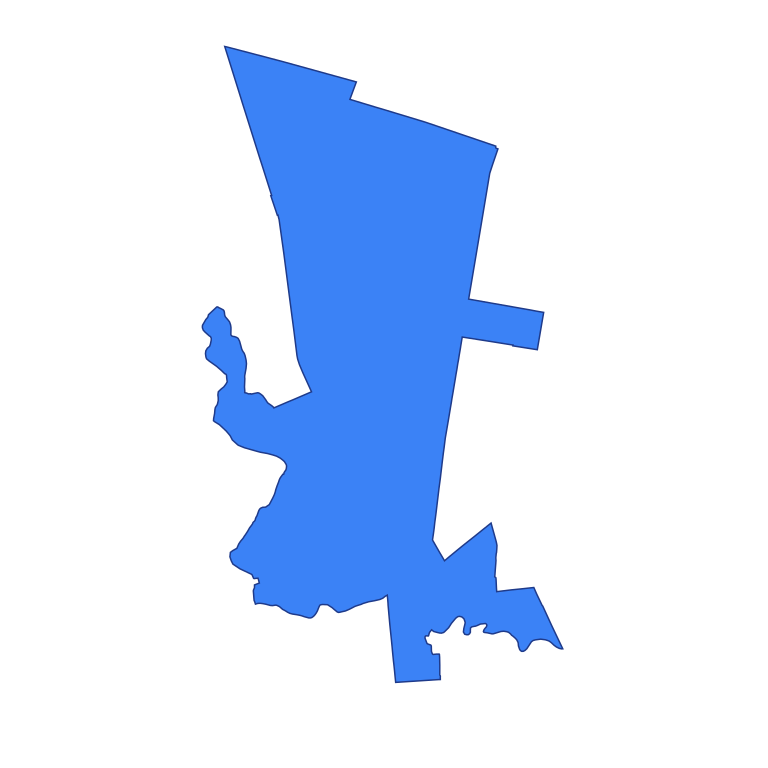 Tandarei, Ialomita, Romania (Natural Earth projection), rotated 15°
{"feature_id": "2599482B96283666408725", "entity_name": "Tandarei", "entity_type": "district", "adm_level": 2, "iso_a3": "ROU", "parent_name": "Romania", "parent_adm1": "Ialomita", "projection": "natural_earth1", "projection_center": [27.631, 44.699], "detail": "fine", "context": "isolated", "style": "filled", "palette": "blue", "viewbox_px": 768, "rotation_deg": 15, "n_neighbors": 0, "source": "geoboundaries", "source_scale": "gbopen_adm2", "svg_char_len": 6142}
<svg xmlns="http://www.w3.org/2000/svg" viewBox="0 0 768 768"><g transform="rotate(15 384 384)"><path d="M472.5,669.2L513.2,655.4L514.9,654.9L514.3,652.8L514.2,652.2L513.9,651.3L513.2,650.7L510.7,641.3L508.4,633.4L507.9,632.0L507.5,630.8L507.3,630.6L507.1,630.6L505.9,631.0L504.9,631.2L504.2,631.5L503.0,631.9L501.5,632.5L500.9,632.4L500.2,631.7L499.0,629.9L497.5,624.8L496.7,624.0L496.2,624.0L494.0,623.8L492.8,623.6L492.5,623.2L489.9,619.6L489.3,618.7L489.1,617.3L489.3,616.7L490.4,616.2L491.9,616.0L492.2,615.6L492.2,612.9L492.3,612.1L493.6,609.1L496.0,610.2L500.2,610.2L502.5,610.1L504.1,609.7L505.9,608.6L506.7,607.5L509.5,602.7L511.1,597.7L513.9,591.7L515.5,589.6L517.1,588.9L519.3,588.8L521.9,590.0L523.4,592.1L524.2,593.5L524.3,595.1L524.4,599.5L524.9,603.0L526.7,604.8L528.6,604.8L530.2,604.4L531.3,603.1L531.7,601.4L531.2,599.7L530.7,597.2L531.6,595.9L533.5,594.9L535.1,594.2L536.5,593.2L539.3,590.9L541.2,590.2L543.9,589.1L544.7,589.3L545.4,589.8L545.8,590.3L545.8,591.0L545.7,592.2L545.1,593.3L544.5,594.6L544.2,595.6L544.1,596.6L544.1,597.4L544.6,597.9L545.3,598.0L548.1,597.6L553.0,597.4L554.4,596.9L561.0,592.8L563.7,591.8L566.7,591.5L568.6,591.6L570.9,592.6L572.2,593.6L573.6,594.1L576.3,595.4L578.4,596.7L580.5,599.1L581.7,602.3L583.8,605.4L584.9,606.2L586.1,606.6L587.8,606.1L589.1,604.9L590.5,602.7L593.1,594.8L594.5,593.1L596.6,591.9L601.4,589.9L606.1,589.3L608.4,589.4L610.2,589.6L612.5,590.5L616.0,592.4L618.6,593.4L621.7,594.0L624.1,593.9L625.2,593.5L608.2,573.6L594.8,557.4L594.0,556.9L585.8,547.3L581.4,541.8L569.8,546.3L560.3,549.9L546.6,555.4L545.5,552.2L542.9,544.0L542.3,542.3L541.8,541.9L540.8,541.6L540.6,539.9L540.2,537.9L539.5,534.2L538.9,531.0L538.5,528.8L537.8,525.3L537.4,524.2L536.9,522.5L536.6,520.5L536.3,518.8L536.3,517.6L535.7,514.4L534.9,510.7L534.7,510.3L533.9,508.6L533.0,506.9L529.3,500.6L523.4,490.6L516.5,500.0L510.9,507.7L503.9,517.1L500.9,521.2L497.3,526.2L492.0,533.6L488.2,539.1L485.4,536.3L481.3,532.3L471.5,522.4L471.2,521.9L470.7,517.7L470.5,515.9L469.7,509.8L468.9,504.7L468.3,500.0L467.7,495.5L464.1,470.4L462.8,460.3L462.2,456.3L461.5,451.4L461.0,447.9L460.7,446.0L460.2,442.4L459.2,435.3L458.6,430.5L457.8,424.7L457.2,420.4L455.5,401.8L454.3,389.5L453.8,384.2L453.4,380.6L452.8,373.9L452.2,367.8L451.5,360.4L451.1,356.6L450.6,350.8L450.0,345.3L449.7,341.3L449.2,336.7L448.5,329.1L448.3,327.5L447.4,318.4L477.2,315.2L498.6,313.0L498.6,313.8L523.2,311.2L519.7,273.5L512.0,274.2L506.4,274.6L443.8,280.1L437.8,217.3L431.6,153.1L432.1,143.7L433.2,127.4L431.8,127.3L431.0,127.1L430.7,126.7L430.4,125.3L392.7,122.8L356.2,120.4L310.4,118.9L305.4,118.8L277.5,117.9L277.4,117.9L277.5,116.7L278.3,108.0L279.1,99.4L201.4,98.8L145.3,99.1L142.8,99.2L150.1,110.7L163.1,131.2L173.1,147.0L174.4,149.1L179.9,157.7L192.8,178.0L205.6,198.1L208.4,202.4L212.2,208.3L226.7,231.0L225.9,231.4L237.3,248.6L237.9,248.3L239.1,250.6L240.1,252.3L253.4,283.7L272.3,329.6L275.0,336.1L275.1,336.4L283.4,356.4L292.6,379.1L294.1,382.2L295.9,385.0L297.4,387.3L302.6,394.0L316.0,410.3L300.3,422.7L295.6,426.3L283.8,435.6L283.4,435.1L281.4,434.1L278.9,433.2L276.9,432.5L275.2,431.2L274.0,430.0L269.9,426.7L267.3,425.6L266.3,425.3L265.7,425.1L264.8,425.1L264.1,425.2L260.5,427.0L258.3,428.2L257.9,427.9L257.5,428.0L255.8,428.6L253.1,428.3L252.0,428.5L251.6,428.2L251.5,427.2L250.0,422.9L249.1,418.9L248.2,414.9L247.6,413.3L247.3,411.9L246.7,404.6L245.9,400.0L244.6,396.6L242.5,392.6L241.0,390.5L239.2,389.0L237.6,387.2L235.3,383.2L233.4,380.0L231.3,377.7L229.6,377.1L227.1,376.9L226.0,377.1L225.2,377.1L224.4,376.9L223.7,376.4L223.3,376.0L222.0,370.7L221.5,368.9L220.5,366.6L218.8,364.1L217.2,362.8L213.3,360.1L212.3,358.7L211.2,355.9L210.4,354.6L209.5,354.0L206.4,353.3L204.5,353.0L203.6,352.6L202.5,352.9L196.6,362.4L196.5,362.7L196.6,364.0L196.4,365.4L195.2,367.8L194.3,371.2L193.5,374.2L193.7,375.6L194.1,376.8L195.5,378.8L197.9,380.3L202.9,382.8L204.1,383.1L205.3,384.5L205.8,386.5L205.8,387.2L206.0,390.5L205.8,392.7L204.1,395.2L203.3,398.1L203.7,400.9L205.0,404.0L206.1,405.6L209.0,407.0L217.6,410.2L223.2,412.9L227.5,415.3L228.7,415.4L229.3,415.9L229.8,416.8L230.3,418.4L232.0,422.5L231.3,425.1L230.0,428.3L228.0,431.0L226.0,434.3L226.1,435.6L226.4,437.6L227.4,440.1L228.2,443.0L228.3,446.9L227.2,450.3L227.3,452.4L228.0,456.4L228.4,461.5L228.8,463.6L230.3,464.3L235.6,465.9L243.8,470.3L248.7,473.7L252.0,477.3L258.4,480.6L259.3,480.9L265.7,481.7L278.8,481.9L282.3,481.9L289.4,481.3L294.8,481.3L298.9,481.5L302.8,482.4L305.7,483.6L307.9,484.7L310.5,487.2L311.2,488.6L311.2,489.0L311.5,490.6L311.5,492.3L310.9,493.9L310.4,495.4L310.5,496.5L310.4,497.2L309.7,497.3L308.4,500.6L308.0,501.8L307.7,503.4L307.5,506.4L307.1,509.9L306.8,514.4L306.9,516.4L306.7,519.3L306.1,522.7L304.4,530.2L301.5,533.6L298.7,534.5L297.2,535.7L296.9,536.0L296.2,537.2L295.8,538.9L295.4,544.1L294.9,545.8L294.7,547.8L294.8,548.3L294.8,548.7L294.4,550.0L293.8,550.8L293.3,551.7L293.2,553.1L292.6,554.8L291.4,557.7L290.4,561.6L289.1,565.6L288.5,567.1L287.8,569.5L286.1,573.1L285.1,576.1L284.4,580.8L281.0,584.1L279.2,586.4L279.9,590.8L282.2,594.3L284.7,597.1L292.7,599.8L298.2,600.8L305.3,602.1L305.9,602.4L308.3,605.4L308.9,605.6L310.8,604.8L312.6,604.2L315.1,608.5L310.9,611.6L311.5,613.8L311.6,614.6L311.5,615.2L311.3,616.3L311.3,617.6L314.5,626.6L315.6,628.0L316.8,629.9L318.5,628.8L320.0,628.2L321.6,627.8L323.9,627.5L326.8,627.3L329.2,627.3L331.6,627.3L333.7,626.9L336.4,625.7L337.6,625.5L340.7,626.1L344.3,627.9L347.4,628.6L349.9,629.4L352.5,629.9L355.0,629.9L359.6,629.4L362.7,629.2L364.7,629.2L367.2,629.4L372.0,629.4L373.5,629.0L374.7,628.3L376.1,626.6L377.1,624.7L377.8,622.8L378.4,620.4L378.8,616.8L379.2,614.5L379.7,613.8L381.6,612.9L386.6,611.8L390.7,613.1L391.7,613.4L394.1,614.6L397.8,616.3L399.2,616.4L400.4,615.9L403.0,614.5L405.5,613.2L408.8,610.6L410.9,608.7L413.5,606.3L416.5,604.3L418.9,602.8L420.6,601.4L425.6,598.3L431.1,595.7L435.8,593.2L438.3,591.2L440.2,588.6L441.3,587.6L441.8,587.1L443.4,591.3L444.6,594.7L445.2,596.6L451.6,614.1L457.4,629.3L459.9,635.9L461.2,639.5L462.9,644.0L464.7,648.8L466.1,652.3L467.6,656.2L469.0,659.9L470.6,664.2L472.5,669.2Z" fill="#3b82f6" stroke="#1e3a8a" stroke-width="1.5"/></g></svg>